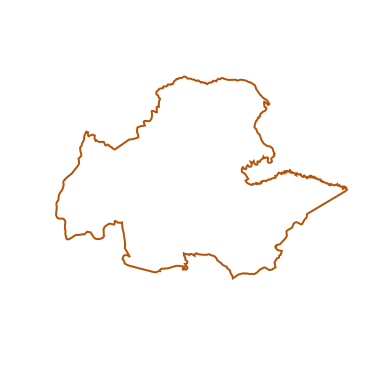 the district of Aketi, Orientale, Democratic Republic of the Congo, rotated 326°
{"feature_id": "63176286B77771623677962", "entity_name": "Aketi", "entity_type": "district", "adm_level": 2, "iso_a3": "COD", "parent_name": "Democratic Republic of the Congo", "parent_adm1": "Orientale", "projection": "robinson", "projection_center": [24.045, 2.924], "detail": "fine", "context": "isolated", "style": "outline", "palette": "amber", "viewbox_px": 384, "rotation_deg": 326, "n_neighbors": 0, "source": "geoboundaries", "source_scale": "gbopen_adm2", "svg_char_len": 6069}
<svg xmlns="http://www.w3.org/2000/svg" viewBox="0 0 384 384"><g transform="rotate(326 192 192)"><path d="M291.1,123.5L284.7,119.3L282.0,116.3L281.5,115.1L280.1,114.0L278.4,114.3L277.0,112.8L274.7,113.3L274.1,113.8L272.9,112.3L271.6,111.7L270.4,112.3L269.7,111.8L268.8,111.9L267.5,111.0L264.7,111.0L264.2,108.9L263.0,108.5L262.9,107.8L261.5,106.2L260.7,106.3L259.6,102.9L257.8,102.4L256.5,99.9L255.6,99.3L253.8,96.8L251.9,95.7L251.1,92.9L250.1,91.9L247.0,91.6L245.1,90.3L243.8,90.5L242.3,89.7L241.0,90.1L239.6,90.0L236.5,91.7L235.5,91.0L234.3,91.2L233.1,90.0L231.8,89.4L230.8,90.2L230.0,90.1L229.0,89.8L227.7,88.6L226.5,89.0L226.0,89.6L222.8,88.2L218.2,89.2L217.2,91.3L217.8,93.1L217.4,94.8L217.5,97.0L215.2,98.6L213.5,100.7L212.3,102.8L211.9,102.9L211.1,101.9L209.9,102.1L207.5,106.3L207.0,106.1L205.2,103.1L204.1,102.4L203.6,102.7L201.9,105.9L200.1,107.9L199.0,108.8L197.5,109.3L196.6,109.4L195.2,108.8L192.6,106.6L191.7,106.6L191.2,107.0L190.7,108.0L190.1,110.6L186.4,108.8L182.9,108.0L180.5,110.6L179.6,112.7L179.3,114.5L178.0,116.7L173.0,115.3L169.2,113.4L151.9,113.6L151.1,112.8L150.4,110.8L150.6,110.2L149.3,108.2L149.4,107.0L149.0,106.3L148.5,105.5L147.1,105.6L146.3,104.9L146.9,101.2L146.2,100.5L143.3,98.9L141.7,96.4L141.6,95.5L140.7,95.6L141.2,92.8L143.0,90.9L141.6,88.8L137.4,87.9L137.4,87.2L138.0,86.5L138.2,85.2L139.2,84.3L138.1,82.9L134.1,85.3L131.8,88.1L130.7,88.9L127.9,90.3L126.1,92.1L124.1,92.6L122.5,95.3L121.4,98.6L120.5,100.0L119.7,100.4L116.6,100.8L115.4,103.5L114.3,105.1L112.8,106.2L102.6,109.5L96.7,109.9L92.1,110.9L90.7,112.0L89.6,114.3L88.2,115.7L85.9,117.4L81.4,119.2L79.3,120.8L76.6,124.0L73.9,125.0L73.0,125.9L70.9,129.7L66.6,134.7L66.2,136.0L66.0,138.1L66.5,139.3L70.2,142.0L70.7,143.1L70.5,145.7L67.3,149.5L66.1,151.5L65.3,153.6L63.4,156.2L61.8,160.5L62.1,161.5L64.1,162.5L71.4,162.6L75.6,165.1L77.8,165.8L79.0,167.0L82.8,166.3L85.3,168.7L85.3,175.3L86.1,177.1L88.7,179.1L90.5,179.8L92.4,180.1L94.0,179.7L97.8,173.5L99.4,172.3L101.2,171.9L105.0,171.9L106.2,172.3L109.1,175.4L110.1,174.9L111.5,173.1L112.3,173.1L113.3,175.8L115.9,177.9L116.9,178.0L113.9,183.7L112.5,187.5L108.2,196.5L104.9,201.2L104.2,211.3L103.6,209.0L102.4,207.7L100.6,206.7L99.4,206.7L97.0,208.7L97.1,210.9L96.3,213.5L97.3,215.9L98.7,217.9L115.5,237.0L117.4,238.5L120.2,239.0L121.3,239.8L122.3,238.5L123.9,238.7L129.3,241.8L137.4,244.3L139.2,245.4L143.9,249.5L143.5,250.9L142.4,250.2L141.2,250.5L141.2,251.2L142.1,250.8L142.7,252.3L143.5,253.0L145.1,252.9L145.8,252.3L146.1,251.0L145.8,249.7L146.0,247.7L147.1,248.3L148.1,248.3L149.0,247.6L149.2,246.5L148.6,244.4L149.6,242.9L149.9,240.1L150.9,238.3L152.6,240.8L153.6,241.0L154.5,242.8L155.6,242.3L157.0,243.2L158.6,246.3L159.3,245.1L161.4,245.2L162.1,246.8L165.5,249.8L169.2,252.4L171.1,252.9L171.8,253.7L172.3,254.9L174.5,257.4L175.2,260.0L174.8,262.5L176.2,267.2L176.5,267.5L176.6,269.5L179.0,273.7L178.6,274.9L179.6,278.3L178.9,279.9L178.5,282.7L178.6,284.0L177.6,286.4L183.8,286.4L185.6,286.7L189.4,288.3L191.0,289.8L192.2,290.3L193.2,291.6L198.0,294.9L201.0,295.1L203.7,294.5L206.1,294.4L209.7,295.0L210.4,295.5L212.3,299.7L212.8,300.1L214.6,301.0L219.2,301.1L219.5,299.8L220.5,298.4L220.9,296.6L225.1,294.6L227.4,295.0L228.4,293.7L229.1,293.4L230.4,293.7L233.5,291.1L230.7,288.3L230.3,287.2L230.3,285.6L231.2,284.4L230.3,284.4L230.5,283.9L232.3,283.2L235.6,284.5L243.3,282.7L246.0,281.6L248.2,277.5L249.3,277.1L254.8,277.5L259.0,274.9L260.1,274.9L262.0,275.6L264.3,279.7L265.2,280.2L270.3,277.6L272.0,277.6L273.8,276.3L274.7,274.8L275.7,274.6L319.7,277.1L321.9,276.7L321.6,275.5L322.2,274.6L321.6,273.0L321.0,272.4L320.3,272.7L320.6,273.8L318.8,273.9L319.5,271.7L318.9,271.6L318.1,268.9L317.6,268.7L317.3,269.1L317.0,268.5L316.9,266.9L316.1,267.5L315.7,266.7L313.6,266.0L311.4,262.8L310.9,262.7L310.6,263.8L309.8,263.3L309.3,260.5L308.3,260.2L306.9,257.3L305.8,256.7L305.9,254.8L305.7,254.6L305.1,255.1L304.8,254.5L305.2,253.0L303.0,251.7L303.1,250.9L302.6,249.5L302.1,249.8L301.8,249.4L301.8,247.6L301.1,247.3L300.8,248.2L299.7,247.1L299.5,246.7L300.1,246.1L300.0,245.5L299.4,244.7L298.9,244.7L298.6,245.6L297.9,244.9L297.7,245.6L296.4,244.3L295.5,244.9L294.9,244.8L294.9,243.5L294.4,242.6L294.6,241.8L294.3,241.1L293.9,241.0L292.9,241.8L292.1,241.3L292.1,240.7L291.7,240.0L292.0,237.9L291.1,238.0L290.3,237.1L289.8,235.6L288.1,236.1L287.8,236.6L287.3,235.6L288.5,234.6L287.5,234.0L286.0,231.4L285.3,231.9L284.6,230.6L284.6,229.8L285.6,229.0L285.4,228.5L283.7,229.4L282.9,228.0L281.6,228.4L281.8,227.2L281.5,226.8L281.0,226.7L280.3,227.8L280.0,227.9L279.4,226.6L279.1,226.7L278.7,227.9L277.3,226.3L276.5,227.2L276.1,227.0L275.4,225.2L274.5,224.5L271.5,225.9L270.1,225.1L269.3,226.8L265.2,225.3L264.2,225.6L262.6,224.5L259.4,224.4L259.0,223.6L256.6,222.2L255.7,222.8L255.2,222.3L254.4,222.3L254.0,223.4L253.7,223.4L252.3,222.9L251.2,221.2L250.6,220.9L250.6,221.8L249.9,221.5L249.8,220.5L249.5,220.2L247.8,220.2L246.8,219.3L245.7,219.6L245.0,219.2L242.7,215.3L242.8,212.5L245.9,212.6L246.1,207.9L245.8,205.6L244.8,203.8L244.8,202.9L245.9,201.0L247.8,199.8L248.2,200.0L248.1,201.9L249.0,202.8L249.9,203.1L251.7,201.2L253.2,200.9L253.5,203.1L255.2,203.9L256.6,203.1L257.2,202.1L257.5,199.9L258.5,201.4L260.4,200.9L259.8,202.2L259.8,204.1L260.1,204.8L261.1,205.7L261.7,205.7L263.1,203.5L263.9,203.5L264.9,204.9L267.0,203.9L269.2,204.0L271.0,202.6L271.0,204.3L274.0,205.6L274.1,206.2L271.9,208.9L271.7,209.7L271.8,210.6L274.0,211.8L275.5,211.2L275.9,209.3L276.6,208.5L280.5,208.0L280.7,206.8L282.0,206.3L282.1,204.2L283.1,200.9L283.1,200.1L282.0,197.7L279.8,195.4L278.5,191.6L278.7,187.8L279.9,183.2L280.0,181.9L279.5,179.7L280.3,175.8L280.0,173.6L280.2,172.8L284.0,169.5L285.5,168.7L286.3,168.8L288.3,167.3L289.2,167.9L290.1,166.9L291.0,167.0L292.5,165.4L294.0,165.5L295.1,165.1L298.0,165.5L299.4,165.1L300.7,163.9L299.8,161.9L301.4,158.5L302.4,157.6L302.9,158.3L303.8,162.4L305.1,162.5L305.4,162.1L305.5,157.8L303.7,154.0L302.9,149.3L302.8,142.9L303.8,138.8L303.2,137.0L301.5,133.5L300.0,132.0L299.5,130.4L297.6,128.3L295.2,126.1L291.7,124.9L291.1,123.5Z" fill="none" stroke="#b45309" stroke-width="2"/></g></svg>